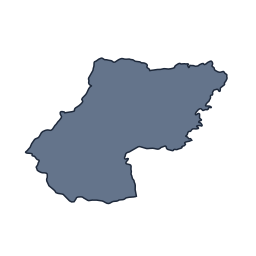 SVG path tracing the border of Sakon Nakhon, rotated 83°
{"feature_id": "THA-447", "entity_name": "Sakon Nakhon", "entity_type": "Province", "adm_level": 1, "iso_a3": "THA", "parent_name": "Thailand", "parent_adm1": "", "projection": "equal_earth", "projection_center": [103.778, 17.422], "detail": "fine", "context": "isolated", "style": "filled", "palette": "slate", "viewbox_px": 256, "rotation_deg": 83, "n_neighbors": 0, "source": "natural_earth", "source_scale": "10m", "svg_char_len": 5758}
<svg xmlns="http://www.w3.org/2000/svg" viewBox="0 0 256 256"><g transform="rotate(83 128 128)"><path d="M76.4,37.0L76.8,37.0L77.3,36.8L78.0,35.9L78.9,35.2L80.3,35.1L80.7,35.0L81.3,34.5L82.2,33.4L83.1,32.1L83.8,30.6L83.9,29.5L83.5,26.8L83.6,26.3L83.9,26.0L85.4,25.2L85.8,24.8L86.7,23.8L87.1,23.5L87.4,23.4L88.7,23.7L90.3,23.6L91.2,23.8L93.6,25.4L94.2,26.0L94.4,26.3L94.8,26.6L95.2,26.9L96.2,26.8L96.7,27.0L97.0,27.3L99.2,31.0L99.5,31.3L99.9,31.5L102.0,31.9L102.4,32.1L102.7,32.3L102.8,32.7L102.7,33.0L102.1,33.5L101.1,33.9L100.6,34.2L100.4,35.2L100.7,37.4L100.8,37.9L101.1,38.4L102.5,39.5L103.0,39.8L104.4,39.8L105.1,40.0L105.5,40.3L105.5,41.4L105.8,41.9L106.3,42.3L107.9,42.4L108.7,42.7L109.2,43.0L109.8,43.6L110.9,44.1L111.5,44.7L112.4,46.1L113.5,47.3L114.4,47.9L115.2,48.3L115.5,48.2L115.7,47.7L116.0,45.5L116.2,44.5L116.5,44.0L116.8,43.4L117.5,42.8L117.8,42.9L117.9,43.2L117.6,44.7L117.7,45.2L118.0,45.7L119.1,46.2L119.4,46.8L119.5,47.2L119.3,48.2L119.2,48.7L119.2,49.2L119.7,51.0L119.7,51.5L119.5,51.8L118.2,52.8L117.9,53.1L117.7,53.5L117.7,54.6L118.1,55.4L118.5,56.1L120.8,58.6L121.9,59.3L122.5,59.4L123.0,59.3L123.1,58.9L123.1,58.5L122.3,56.9L122.2,56.4L122.2,55.9L122.8,55.3L123.6,55.3L126.0,55.7L126.7,55.7L127.4,55.4L128.6,54.2L129.0,54.2L129.3,54.4L129.5,54.8L129.7,55.9L129.9,56.5L130.4,57.0L130.8,57.1L131.1,56.9L131.6,55.7L132.0,55.2L132.6,54.8L133.8,54.2L134.4,54.1L134.8,54.3L135.0,54.7L134.4,56.3L134.2,58.0L134.2,59.1L134.7,59.6L135.1,59.5L136.0,58.5L136.5,58.1L136.9,58.1L137.1,58.4L137.2,59.5L137.2,60.7L136.8,62.8L136.9,63.8L137.0,64.3L137.5,65.0L138.7,66.1L138.9,66.5L138.9,68.1L139.3,68.7L139.9,69.2L141.4,69.8L142.1,70.3L142.6,70.9L142.9,71.5L143.2,71.6L143.4,71.4L144.3,70.0L145.8,69.2L146.0,68.8L146.2,67.2L147.9,66.2L148.6,68.7L148.8,71.5L149.1,72.8L149.5,73.5L149.9,73.6L150.2,73.5L150.9,73.0L151.2,73.0L151.5,73.1L152.5,74.5L152.7,75.8L153.0,76.7L153.3,76.9L154.0,76.8L154.3,77.3L154.6,78.2L154.9,80.3L155.2,81.3L155.4,82.2L155.3,82.9L155.0,83.9L154.9,84.7L155.1,85.3L155.6,85.6L155.9,86.1L155.9,86.7L154.2,91.0L153.8,91.5L153.3,92.0L152.5,92.3L151.0,92.5L150.7,92.8L150.5,93.3L150.5,93.9L151.3,97.4L151.5,97.9L152.1,98.7L152.5,99.7L152.6,100.2L152.6,101.1L152.3,102.2L151.5,104.5L151.1,106.0L150.9,108.7L150.9,110.0L150.7,112.0L148.1,118.0L147.8,119.0L147.9,120.2L151.9,129.7L152.2,131.5L152.5,132.3L152.9,132.9L153.9,133.7L155.4,134.1L156.5,134.9L157.5,135.1L157.9,135.0L158.3,134.7L158.5,134.3L158.6,133.8L158.2,132.2L158.3,131.8L158.5,131.5L158.9,131.6L159.7,132.1L160.9,133.4L161.6,134.0L162.2,134.3L163.0,134.3L163.3,134.0L163.5,133.6L164.3,131.4L164.7,130.5L165.4,129.8L165.8,129.7L166.3,129.6L169.4,130.1L171.6,130.0L174.0,130.6L174.5,130.5L175.9,130.1L178.9,129.7L180.4,128.7L180.9,128.5L182.5,128.4L184.3,127.9L185.9,127.8L190.1,128.4L196.4,128.0L196.8,128.0L197.0,129.0L197.1,130.8L196.9,135.2L197.1,138.3L198.1,140.1L198.4,141.1L198.5,141.9L198.4,144.5L198.4,145.3L198.5,146.0L199.0,146.9L199.2,148.2L199.1,151.3L199.2,152.0L199.5,153.1L200.3,154.9L200.6,156.3L200.2,158.0L199.1,159.7L198.4,160.6L197.6,161.8L197.2,162.7L195.8,167.8L195.2,172.4L195.3,175.3L195.2,176.1L194.8,176.9L193.1,179.1L192.0,180.6L191.3,181.2L190.9,182.0L190.6,183.1L190.4,185.8L190.6,186.9L190.9,187.6L192.3,188.5L194.6,190.5L194.6,191.0L194.5,193.0L193.2,194.9L186.0,200.4L185.4,201.8L184.4,205.4L183.5,207.2L182.8,207.7L181.9,208.0L180.3,209.2L175.7,213.5L170.6,215.1L168.9,215.0L167.2,214.2L166.1,214.0L164.0,213.8L163.4,214.1L162.9,214.6L162.4,216.0L162.0,218.5L161.5,219.7L160.3,221.6L159.0,223.1L155.6,223.9L153.7,222.2L151.4,221.2L150.2,220.3L149.5,220.2L149.1,220.4L148.1,222.1L147.0,222.9L145.8,223.5L144.7,224.3L144.1,225.9L143.7,226.5L143.2,226.5L142.5,226.3L142.0,226.4L141.7,226.8L141.3,227.9L140.6,231.4L140.0,232.4L139.6,232.6L139.2,232.4L138.2,230.8L136.6,229.1L135.4,227.6L131.8,225.5L128.0,222.1L127.5,221.2L126.9,219.0L126.5,218.0L125.4,216.9L122.2,214.6L121.9,214.2L121.1,213.0L120.8,212.0L120.3,210.4L120.1,208.5L120.3,207.3L120.8,205.7L120.9,205.1L120.8,204.5L120.4,203.7L119.8,202.9L116.6,200.2L115.6,198.9L113.2,196.7L112.0,195.2L110.3,193.5L109.4,192.9L108.6,192.6L107.6,192.9L106.1,193.5L105.0,193.5L104.4,193.4L104.0,193.1L103.7,192.6L103.6,192.1L103.8,190.9L104.3,189.4L105.2,188.9L105.0,181.8L104.8,180.2L104.5,179.2L104.1,179.0L103.0,178.8L102.3,178.4L101.7,177.7L99.9,174.0L98.7,172.2L97.1,170.3L96.5,169.9L95.9,169.7L95.0,169.9L94.2,170.4L93.6,170.2L92.7,169.6L89.6,165.8L88.1,164.6L84.4,162.3L83.1,161.2L82.5,160.5L81.8,159.2L81.6,159.2L80.9,160.3L80.3,160.8L79.6,161.3L78.8,161.5L77.9,161.5L76.4,161.0L75.2,161.2L74.3,161.2L73.5,160.9L66.6,155.8L64.3,155.1L62.8,154.4L62.0,154.2L59.2,153.7L58.6,153.5L58.2,153.1L57.6,151.3L56.1,148.6L55.5,146.5L55.4,145.8L55.5,145.3L56.0,144.5L56.8,143.6L57.3,142.9L57.7,140.8L58.5,138.6L58.9,137.2L59.2,136.3L59.7,135.6L60.6,134.7L61.0,134.0L61.0,133.3L60.9,132.7L59.1,129.1L58.6,127.6L58.4,126.6L58.3,125.8L58.5,124.8L59.2,123.0L59.5,121.5L59.7,118.4L60.4,116.8L60.8,115.1L61.0,114.7L62.5,112.9L62.7,112.5L63.7,108.5L63.8,108.1L64.9,106.8L65.4,104.2L66.2,102.6L67.0,101.7L67.7,101.3L68.5,101.3L69.6,101.8L70.4,101.6L70.7,101.3L71.5,100.4L72.1,99.8L72.9,99.5L73.6,99.5L73.7,99.1L73.6,97.7L73.6,95.4L73.5,91.7L73.8,88.6L73.5,85.3L73.6,84.3L74.4,80.7L74.4,78.6L74.2,76.3L73.7,74.5L73.3,74.3L73.0,74.3L72.4,73.9L71.7,73.0L70.5,70.6L70.2,69.5L70.2,68.6L70.9,67.6L71.1,64.0L71.5,62.7L71.5,61.5L71.6,61.0L71.7,60.6L72.3,60.2L72.6,60.4L73.0,61.0L73.3,61.2L75.3,60.5L75.3,60.2L75.2,59.9L73.7,59.0L73.5,58.6L73.5,58.0L73.7,57.6L74.0,55.6L75.0,53.4L74.9,51.0L73.9,49.3L73.2,47.1L73.1,46.0L73.2,45.4L74.0,44.9L74.3,44.6L74.3,44.1L74.0,43.0L72.7,41.0L71.9,38.8L71.7,37.9L71.8,37.2L72.8,36.4L74.1,36.1L75.3,36.4L76.4,37.0Z" fill="#64748b" stroke="#1e293b" stroke-width="1.5"/></g></svg>